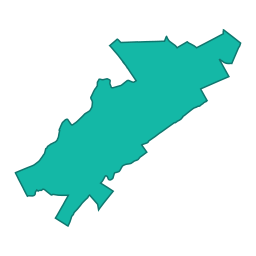 outline of Silistea, Constanta, Romania
{"feature_id": "2599482B45895397072447", "entity_name": "Silistea", "entity_type": "district", "adm_level": 2, "iso_a3": "ROU", "parent_name": "Romania", "parent_adm1": "Constanta", "projection": "robinson", "projection_center": [28.219, 44.429], "detail": "fine", "context": "isolated", "style": "filled", "palette": "teal", "viewbox_px": 256, "rotation_deg": 0, "n_neighbors": 0, "source": "geoboundaries", "source_scale": "gbopen_adm2", "svg_char_len": 5325}
<svg xmlns="http://www.w3.org/2000/svg" viewBox="0 0 256 256"><path d="M231.8,63.5L232.5,61.8L238.5,47.8L239.5,46.3L239.7,45.9L240.6,43.1L233.4,37.4L229.4,34.3L223.8,30.0L223.5,29.9L223.5,30.3L223.2,31.8L223.3,33.8L218.5,36.3L214.2,38.6L203.5,44.2L196.9,47.6L196.7,47.8L195.5,46.9L194.2,45.9L190.6,43.9L188.9,43.1L187.8,42.3L187.3,41.8L187.2,41.8L184.0,43.7L179.5,46.3L177.3,47.6L177.1,47.8L177.0,47.7L176.4,46.8L176.2,46.6L176.0,46.4L175.9,46.2L175.2,45.5L170.7,42.2L169.4,41.2L168.7,40.4L167.6,38.7L166.6,36.5L166.2,36.8L164.5,41.2L155.6,41.5L146.7,41.7L138.6,42.0L137.4,41.9L132.1,42.1L126.9,42.3L120.8,42.5L118.5,40.1L117.6,39.3L117.2,39.2L114.9,41.2L112.3,43.4L110.7,44.8L110.0,45.4L109.7,45.6L111.2,47.2L114.4,51.0L117.7,54.8L117.8,54.9L121.0,59.1L123.6,62.4L123.3,62.4L124.0,63.3L125.7,65.3L126.1,65.9L127.1,67.5L127.3,67.9L127.5,67.9L131.0,73.2L133.6,77.0L135.7,80.1L136.2,80.6L136.0,80.9L133.9,82.1L133.4,82.3L132.9,82.2L131.3,81.6L128.8,80.5L128.3,80.4L127.2,80.6L126.4,81.3L125.7,81.8L122.6,84.3L121.3,85.3L120.9,85.5L117.7,86.4L112.8,87.8L111.8,87.7L111.3,87.4L110.0,84.0L109.8,83.5L109.9,82.3L110.0,82.0L110.0,81.9L110.1,81.1L110.1,80.4L109.9,80.1L109.3,79.7L107.3,78.8L107.0,78.8L106.5,78.9L104.8,79.3L103.0,79.7L102.6,79.7L101.7,79.6L100.1,79.2L99.5,79.2L99.2,79.2L98.4,80.5L98.0,81.3L97.4,82.2L97.3,85.9L97.0,86.2L95.6,88.4L95.0,89.0L94.1,90.6L93.6,91.5L93.3,92.2L91.2,96.7L90.9,97.1L90.8,97.7L91.0,98.7L91.3,99.3L91.8,100.0L92.5,102.1L92.4,102.4L92.3,104.1L92.0,106.5L92.0,106.4L91.8,107.3L90.9,108.9L90.1,110.3L89.7,110.8L86.6,112.8L85.5,113.4L84.7,114.0L82.4,116.4L79.2,119.5L77.1,121.5L76.0,122.4L76.0,122.5L74.4,123.5L73.0,124.6L72.4,124.8L72.0,125.0L71.7,124.9L71.3,124.6L70.5,123.6L68.7,121.0L68.0,119.9L67.6,119.4L67.0,119.2L66.3,119.4L65.6,119.7L65.4,119.8L64.7,120.4L63.8,121.3L62.9,122.1L62.3,122.8L61.7,124.1L60.5,126.7L60.0,128.2L59.5,129.0L59.2,130.1L59.6,130.2L59.7,130.3L59.0,133.7L58.5,136.6L58.4,137.2L58.2,137.7L57.7,138.6L57.4,139.5L57.1,140.2L56.9,140.4L56.1,141.3L54.9,142.2L54.5,142.3L54.3,142.4L53.5,142.8L52.0,143.6L51.3,143.9L50.8,144.1L50.4,144.4L50.1,144.7L47.8,146.3L47.5,146.5L47.3,147.1L47.0,147.8L46.8,148.0L46.6,148.1L45.9,148.6L45.7,148.8L45.6,149.1L45.5,149.7L45.2,151.0L44.6,153.2L44.4,153.7L44.2,154.0L43.1,155.4L42.7,156.2L41.8,157.4L40.2,159.6L39.8,160.3L39.2,160.9L38.8,161.3L38.1,161.9L36.4,163.2L35.1,164.2L34.1,164.9L33.2,165.4L31.1,166.3L27.7,167.6L21.4,170.2L15.4,172.7L15.4,172.8L18.2,178.3L18.2,178.5L19.8,181.5L21.5,184.8L23.1,187.9L23.8,189.4L26.3,194.2L27.4,196.2L28.0,195.9L28.5,195.8L29.6,195.8L31.7,195.9L32.6,195.9L33.7,195.6L34.5,195.1L34.8,194.7L35.2,194.0L35.3,192.5L35.4,192.1L36.8,190.0L38.1,191.1L38.5,190.7L39.1,190.5L40.4,190.3L41.1,190.4L41.6,190.3L42.0,189.9L42.5,189.4L42.9,189.2L43.5,189.2L44.3,189.5L44.9,189.9L47.3,191.9L51.0,194.8L51.8,195.0L52.4,194.6L52.5,194.5L52.8,194.4L53.4,194.4L57.8,195.1L58.8,195.2L59.3,195.2L61.5,195.3L68.3,195.3L67.8,196.3L67.3,197.3L64.9,201.5L63.3,204.5L62.0,206.7L59.4,211.3L56.9,215.7L55.4,218.1L59.5,220.7L65.6,224.5L66.1,224.9L67.1,225.5L68.0,226.0L69.0,223.9L69.9,221.9L70.6,219.8L71.2,218.0L71.5,216.9L72.0,216.0L72.8,215.1L73.3,214.6L73.6,213.8L74.1,212.6L75.0,211.6L77.3,209.2L80.2,205.7L80.3,205.6L81.3,204.2L82.0,203.3L83.3,201.9L85.3,199.9L86.9,198.4L87.6,197.8L87.9,197.4L88.2,196.7L88.6,196.0L89.1,195.5L89.7,195.1L89.8,195.3L91.1,196.8L96.8,203.3L96.9,203.5L97.6,204.2L97.7,204.6L98.6,209.9L99.9,208.0L104.0,202.6L110.1,195.0L113.2,191.2L108.8,188.3L100.6,183.1L101.1,182.6L101.7,182.0L102.3,181.2L103.1,180.0L104.0,178.3L104.6,177.2L105.1,176.3L105.3,176.1L105.6,175.8L105.9,175.8L106.4,175.9L106.8,176.2L107.2,176.5L107.5,177.0L107.8,177.7L108.1,178.6L108.4,179.2L108.7,179.5L109.2,179.8L109.7,179.9L110.4,179.9L110.8,179.8L111.6,179.3L112.4,178.8L113.0,178.0L113.3,176.8L114.0,174.5L114.3,173.4L114.6,173.0L115.1,172.7L116.8,172.3L118.3,171.8L119.0,171.5L119.4,171.1L119.7,170.7L120.4,169.7L121.0,168.4L121.6,167.5L122.1,166.5L122.5,166.0L123.2,165.5L124.2,165.0L125.7,164.4L127.1,164.1L128.1,164.0L129.7,163.7L130.7,163.5L131.1,163.3L132.0,162.7L133.2,161.9L133.9,161.3L134.3,161.1L135.2,160.7L136.5,160.3L137.2,160.0L137.8,159.7L138.4,159.2L139.0,158.4L139.6,157.7L140.2,157.0L141.4,156.2L142.8,155.2L144.1,154.2L145.0,153.5L146.8,152.2L142.2,145.7L141.7,145.0L142.0,144.7L143.7,144.0L144.1,143.9L144.8,143.7L145.5,143.4L146.8,143.0L147.5,142.6L148.2,142.0L148.4,141.8L148.7,141.0L155.3,136.4L158.8,133.7L159.3,133.3L160.7,132.4L162.7,131.0L168.1,127.1L174.3,122.7L174.7,122.7L175.3,122.7L176.8,121.7L177.3,121.2L177.8,121.0L178.8,120.5L179.5,120.1L180.6,119.4L181.1,119.0L181.9,118.0L182.6,117.4L182.8,116.5L184.5,115.4L185.6,114.5L187.4,113.0L190.7,110.4L192.9,108.7L194.0,108.0L195.1,107.6L195.9,107.3L196.5,107.1L197.7,106.4L197.9,106.3L198.9,106.2L199.5,106.1L199.9,105.9L200.9,105.0L201.7,104.4L202.0,104.2L202.9,103.6L203.5,103.0L203.9,102.6L204.3,102.4L205.4,101.8L206.2,101.5L206.0,101.1L206.3,100.9L206.9,100.7L207.1,100.6L204.5,96.0L200.6,89.0L200.6,88.9L203.4,87.7L208.4,85.5L218.4,81.1L228.9,76.6L223.6,67.1L220.9,62.2L219.5,59.7L219.9,59.4L220.1,59.6L220.5,60.0L221.3,60.5L222.2,61.1L223.5,62.0L224.2,62.5L224.7,62.7L225.5,63.0L226.3,63.3L226.6,63.3L227.9,63.5L229.2,63.5L229.7,63.5L230.6,63.4L231.1,63.4L231.8,63.5Z" fill="#14b8a6" stroke="#0f766e" stroke-width="1.5"/></svg>